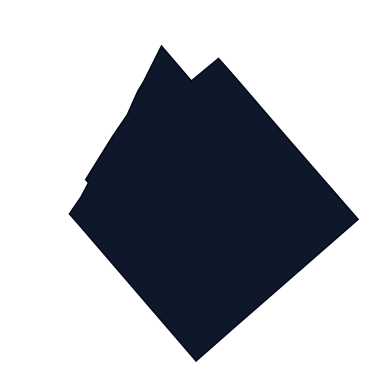 St. Lucie, Florida, United States of America, rotated 229°
{"feature_id": "52423323B58883260045522", "entity_name": "St. Lucie", "entity_type": "district", "adm_level": 2, "iso_a3": "USA", "parent_name": "United States of America", "parent_adm1": "Florida", "projection": "albers", "projection_center": [-80.381, 27.382], "detail": "fine", "context": "isolated", "style": "filled", "palette": "ink", "viewbox_px": 384, "rotation_deg": 229, "n_neighbors": 0, "source": "geoboundaries", "source_scale": "gbopen_adm2", "svg_char_len": 379}
<svg xmlns="http://www.w3.org/2000/svg" viewBox="0 0 384 384"><g transform="rotate(229 192 192)"><path d="M61.8,84.2L62.1,137.1L62.4,299.4L169.0,299.4L250.3,299.8L275.4,299.6L276.2,264.4L322.2,264.7L307.2,228.3L303.5,217.0L292.6,193.5L286.1,168.6L271.1,119.9L266.8,119.9L261.1,105.1L255.9,85.1L241.2,85.2L61.8,84.2Z" fill="#0f172a" stroke="#020617" stroke-width="1.5"/></g></svg>